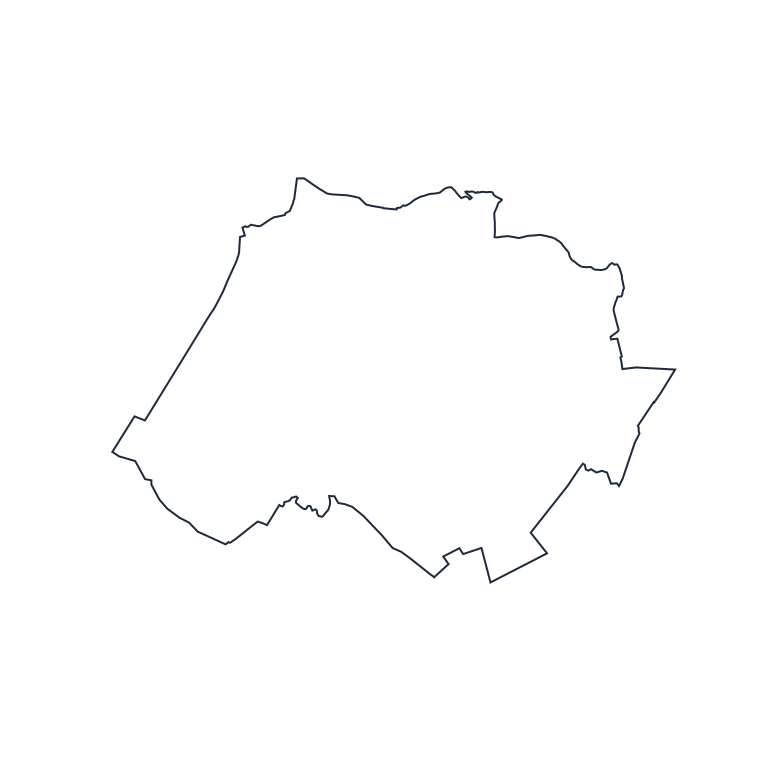 Dobreni, Neamt, Romania, rotated 160°
{"feature_id": "2599482B23692151151374", "entity_name": "Dobreni", "entity_type": "district", "adm_level": 2, "iso_a3": "ROU", "parent_name": "Romania", "parent_adm1": "Neamt", "projection": "albers", "projection_center": [26.4, 46.994], "detail": "fine", "context": "isolated", "style": "outline", "palette": "slate", "viewbox_px": 768, "rotation_deg": 160, "n_neighbors": 0, "source": "geoboundaries", "source_scale": "gbopen_adm2", "svg_char_len": 6118}
<svg xmlns="http://www.w3.org/2000/svg" viewBox="0 0 768 768"><g transform="rotate(160 384 384)"><path d="M657.8,406.7L644.1,396.6L641.1,376.4L635.5,373.0L637.0,369.1L634.6,352.1L630.2,340.8L622.0,328.4L614.5,320.3L609.5,308.9L587.7,287.5L584.2,288.6L583.6,287.7L581.9,287.6L579.8,288.3L577.3,288.8L556.7,295.7L549.7,297.9L547.9,296.5L545.4,294.5L542.2,291.4L523.8,306.1L522.6,304.6L521.1,303.6L519.7,304.4L518.8,305.4L518.1,307.1L516.5,306.9L514.0,306.7L512.0,307.0L510.8,308.0L509.1,308.8L508.2,308.5L507.1,308.3L506.1,308.5L504.9,308.2L504.0,306.4L505.7,305.2L507.0,303.8L507.2,302.0L506.4,300.9L504.6,297.5L502.4,294.4L501.6,293.8L500.8,293.5L500.2,293.4L499.5,293.6L499.0,293.9L498.4,294.6L496.9,295.3L495.9,295.1L495.0,294.4L494.6,289.5L491.5,289.7L490.7,289.0L490.5,287.7L491.0,286.2L491.0,283.6L490.1,281.9L487.2,280.4L479.2,285.0L476.1,289.1L474.8,292.2L473.9,297.5L471.5,296.5L469.0,295.5L467.7,287.9L465.1,286.3L462.3,284.8L455.8,279.4L448.4,266.9L437.4,241.7L432.0,226.9L425.3,220.5L419.4,211.8L405.4,189.0L403.7,186.7L403.1,185.2L384.9,192.7L387.4,201.6L369.3,203.9L367.8,197.1L348.5,196.6L351.8,161.1L288.7,169.1L297.0,194.1L246.1,225.6L230.8,236.8L224.4,241.1L222.9,239.3L223.6,234.6L221.5,232.7L218.6,233.1L214.8,228.3L208.8,227.8L204.7,224.5L204.8,212.7L199.2,211.1L198.1,207.7L192.2,213.3L168.2,243.3L160.8,250.2L160.9,252.0L160.3,254.1L159.5,256.3L159.7,257.9L136.7,274.8L136.4,274.2L127.2,280.8L105.5,298.0L127.1,307.2L141.3,313.3L154.9,316.5L153.7,321.7L152.7,328.2L151.1,328.5L149.2,346.8L151.2,347.3L155.4,348.2L155.0,350.8L154.7,351.0L151.7,351.8L146.6,353.3L145.6,353.9L144.9,355.1L144.7,357.2L144.7,358.4L143.4,371.8L142.9,375.3L141.5,377.7L140.7,378.7L139.4,380.4L138.5,381.8L137.3,382.8L134.6,386.2L131.2,385.1L129.9,386.0L128.3,388.8L128.0,389.2L127.3,390.5L127.0,390.8L125.9,391.6L125.6,392.4L124.3,401.5L124.2,402.3L123.4,404.3L123.4,405.1L123.4,406.2L123.2,408.2L123.2,409.3L123.1,409.9L123.2,410.2L123.1,410.8L123.2,411.1L123.1,411.3L123.0,411.7L123.5,414.7L123.7,415.6L123.7,415.9L123.7,416.1L123.9,416.4L124.1,416.6L124.3,416.8L124.6,416.9L125.2,417.1L126.0,417.1L126.5,417.2L126.7,417.3L126.8,417.4L127.0,417.7L127.3,418.4L127.4,418.6L127.8,419.1L128.1,419.4L128.3,419.5L128.9,419.6L129.3,419.5L130.3,419.2L131.3,418.9L134.7,416.8L135.3,416.5L135.8,416.4L136.7,416.3L137.0,416.3L137.8,416.3L140.4,416.7L141.5,417.0L144.4,418.4L145.9,419.0L146.5,419.3L147.0,419.6L147.4,420.0L147.9,420.6L148.6,421.7L148.9,422.5L149.1,422.7L149.5,423.0L150.3,423.4L154.3,424.7L155.4,425.2L156.8,425.9L157.4,426.2L157.9,426.5L158.9,427.4L159.7,428.3L160.8,429.9L161.9,431.3L162.0,431.7L162.4,432.6L162.9,433.4L164.1,435.0L164.7,435.8L164.9,436.3L165.3,437.0L165.5,437.9L165.6,438.5L165.7,439.0L165.8,440.4L165.9,440.9L165.8,441.4L165.8,441.8L165.7,442.3L165.6,442.9L165.5,444.0L165.6,444.6L165.7,445.2L166.8,448.2L167.1,448.8L167.2,449.2L168.2,452.0L168.4,452.2L168.5,452.8L168.7,453.6L169.0,454.9L169.3,455.7L170.1,457.3L170.7,458.3L171.6,459.3L172.1,459.9L173.0,461.3L173.4,461.9L174.3,462.8L175.3,463.7L176.8,464.8L177.5,465.3L178.7,466.0L180.7,467.4L181.5,467.9L183.0,468.7L183.9,469.4L185.4,470.3L186.0,470.6L186.8,470.9L192.7,472.4L193.9,472.8L198.1,474.0L198.9,474.1L200.3,474.2L201.7,474.4L203.0,474.5L204.9,474.7L206.3,474.9L207.8,475.2L208.3,475.5L208.9,475.9L210.0,476.6L210.6,476.9L212.5,478.1L216.0,480.0L217.5,480.7L218.6,481.1L220.5,481.5L222.6,482.1L225.0,482.5L226.8,482.8L228.3,483.4L229.8,484.1L229.3,485.7L228.2,487.9L227.0,491.0L226.4,493.1L226.2,493.4L225.5,495.6L224.9,497.0L224.0,500.1L223.4,502.2L223.2,503.2L222.8,504.1L222.6,504.9L222.5,505.4L222.4,505.8L222.0,506.6L221.7,506.9L221.2,507.7L220.4,508.6L219.7,509.2L218.1,510.9L217.6,511.4L215.7,513.7L214.7,514.8L214.4,515.1L214.2,515.2L213.7,515.4L212.6,515.7L211.8,515.9L211.0,516.2L210.7,516.4L210.5,516.6L210.3,516.8L210.3,517.1L210.3,517.3L211.2,518.1L212.9,519.9L214.2,521.3L214.9,522.1L215.3,522.6L215.5,523.0L216.1,524.2L216.2,524.6L216.3,524.8L216.3,525.1L216.3,525.8L216.3,526.2L216.5,526.7L216.7,527.0L217.1,527.4L217.5,527.7L218.5,528.1L219.2,528.4L219.9,528.6L220.9,528.8L221.9,529.1L222.6,529.4L223.3,529.8L224.1,530.1L225.6,530.8L226.9,531.3L227.3,531.3L228.0,531.2L228.6,531.5L229.0,531.5L229.7,531.6L229.9,531.7L230.1,531.8L230.3,532.0L230.5,532.4L230.9,532.3L231.1,532.2L231.3,532.0L231.9,532.0L232.2,532.1L232.4,532.2L232.7,532.4L233.0,532.7L234.3,534.1L234.6,534.3L235.1,534.6L235.5,534.8L236.4,535.1L237.6,535.2L238.6,535.6L239.4,536.1L240.0,536.4L240.9,536.7L241.7,536.8L241.7,536.4L241.5,535.8L241.3,535.3L241.1,534.8L240.2,533.3L239.8,532.7L238.4,530.3L237.8,529.1L239.1,528.5L239.9,528.2L240.5,528.3L240.7,529.7L242.3,531.7L242.9,532.1L243.6,532.3L245.0,532.4L247.8,532.3L248.4,533.6L249.0,534.9L250.1,537.8L250.4,538.6L250.9,540.2L251.4,541.7L252.0,542.9L252.3,543.6L253.4,545.8L253.9,545.9L255.3,546.5L256.0,546.7L256.8,546.8L258.1,546.8L259.6,546.8L261.2,546.4L263.3,545.7L265.8,544.9L266.1,544.8L267.2,544.9L269.8,545.3L271.5,545.7L273.7,546.3L275.5,546.8L276.1,546.9L279.4,547.1L281.8,547.1L283.5,547.3L285.0,547.4L287.4,547.3L288.2,547.3L289.6,547.0L291.6,546.8L295.3,545.7L296.3,545.3L298.0,544.8L299.7,544.5L301.1,544.3L302.2,544.2L302.8,544.2L303.1,544.2L303.8,544.5L304.4,545.1L304.6,545.2L304.8,545.3L305.0,545.3L307.1,544.5L307.7,544.3L308.2,544.2L308.9,544.3L310.9,544.8L311.8,544.9L312.1,544.6L312.1,544.4L312.1,544.0L312.1,543.9L312.3,543.8L312.8,543.9L313.6,544.2L315.4,545.1L316.2,545.4L323.8,549.1L324.5,549.4L324.6,549.9L334.5,555.5L339.5,558.8L343.5,567.3L349.9,571.5L354.2,574.0L367.9,579.9L372.3,582.4L378.0,589.5L381.1,593.7L388.8,604.6L395.5,606.9L405.2,588.3L406.3,587.3L407.6,585.1L413.3,578.9L418.2,578.1L419.4,576.7L426.9,577.7L430.4,578.3L434.5,577.6L445.8,574.8L448.5,575.4L454.6,579.2L458.1,578.2L459.6,578.7L460.6,579.7L463.5,579.4L464.0,571.1L469.0,571.4L470.2,568.7L470.9,567.0L472.6,563.2L475.1,557.4L477.0,554.4L481.4,549.1L497.2,533.0L500.7,529.1L502.4,527.2L504.4,525.2L506.1,523.6L514.4,516.0L518.2,512.7L522.3,509.8L525.5,507.4L539.3,496.4L560.9,479.2L621.1,431.5L629.5,438.9L662.5,413.1L657.8,406.7Z" fill="none" stroke="#1e293b" stroke-width="2"/></g></svg>